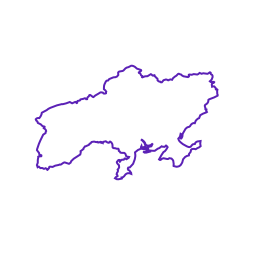 map outline of Ukraine (Natural Earth projection), rotated 336°
{"feature_id": "UKR", "entity_name": "Ukraine", "entity_type": "country or territory", "adm_level": 0, "iso_a3": "UKR", "parent_name": "Europe", "parent_adm1": "", "projection": "natural_earth1", "projection_center": [31.244, 48.371], "detail": "fine", "context": "isolated", "style": "outline", "palette": "violet", "viewbox_px": 256, "rotation_deg": 336, "n_neighbors": 0, "source": "natural_earth", "source_scale": "50m", "svg_char_len": 5905}
<svg xmlns="http://www.w3.org/2000/svg" viewBox="0 0 256 256"><g transform="rotate(336 128 128)"><path d="M171.6,165.1L174.3,168.7L175.6,170.0L176.5,170.5L177.6,170.6L179.8,169.5L180.7,169.3L182.7,169.8L183.4,169.0L184.4,168.6L185.8,168.5L189.0,169.4L187.6,171.7L187.0,174.1L185.2,174.6L183.3,174.6L181.2,174.9L180.0,174.0L179.0,173.6L177.8,173.3L176.7,173.6L175.5,175.3L173.2,176.5L172.5,177.8L170.3,177.5L168.4,177.7L165.6,179.0L163.5,181.6L161.2,183.2L159.4,183.7L157.7,183.5L156.5,183.1L154.2,181.3L154.4,180.7L155.1,179.5L156.0,176.3L155.9,175.3L155.3,173.6L153.5,172.4L152.0,172.6L151.2,172.3L148.2,170.1L146.6,169.9L144.8,170.4L144.1,170.1L143.6,169.3L147.2,166.6L150.6,164.4L152.2,164.2L154.2,163.2L156.4,161.6L156.1,160.4L155.6,159.5L153.8,160.1L151.9,159.1L151.3,158.4L148.4,159.1L146.8,159.0L143.2,159.7L141.6,159.0L138.3,157.2L137.1,156.8L136.0,156.9L135.5,156.3L136.1,156.0L137.8,155.7L138.0,155.4L138.0,154.8L136.3,154.3L134.7,154.2L132.9,153.1L134.7,153.0L136.5,153.5L139.3,153.7L141.9,154.2L144.3,152.2L141.8,152.9L139.3,152.4L138.4,151.8L137.6,150.9L137.3,149.8L137.5,148.8L137.2,147.0L136.1,144.6L135.2,143.8L136.1,145.6L136.4,146.7L136.9,147.8L136.8,150.7L136.5,151.7L135.4,152.0L132.7,151.5L133.0,149.9L132.3,150.5L131.3,152.0L130.3,152.2L128.3,152.1L124.5,153.1L123.7,155.7L123.0,157.1L121.4,159.4L118.1,162.8L113.7,164.7L112.1,164.3L111.5,164.8L111.2,165.4L111.2,166.5L112.0,167.4L112.6,170.2L112.3,171.3L110.8,169.8L109.0,169.1L107.0,169.3L104.8,170.5L103.3,170.9L102.0,170.6L101.9,171.2L102.1,171.4L101.8,171.7L98.3,170.9L96.8,170.1L95.7,168.6L96.8,168.0L98.9,167.7L99.1,166.9L98.8,165.6L99.6,164.6L100.8,163.8L101.5,163.0L101.6,161.8L102.9,161.2L104.0,160.2L104.3,159.1L104.6,158.4L104.0,156.8L103.8,155.8L103.8,154.9L104.1,154.4L106.2,153.4L106.7,153.5L106.8,153.7L106.9,155.5L107.4,155.3L108.0,154.3L108.4,154.6L109.0,154.7L109.7,154.5L110.8,155.1L111.4,155.2L112.4,154.5L112.9,154.7L113.9,155.9L116.5,155.5L117.2,154.9L114.9,153.3L115.1,150.7L114.8,149.8L114.4,149.2L112.6,148.4L111.3,147.6L111.0,147.3L110.9,146.1L110.4,145.5L110.3,145.0L110.7,144.2L110.8,143.3L110.7,143.0L109.0,142.2L108.4,141.5L106.5,140.4L106.2,139.9L106.1,139.3L106.8,137.5L107.1,136.5L107.1,135.9L106.9,134.4L106.2,133.2L105.8,133.1L104.5,133.7L104.0,133.4L103.3,132.8L102.3,131.1L99.7,130.6L98.9,131.5L98.5,130.7L98.1,130.5L97.6,130.7L97.4,130.5L97.7,129.8L97.1,129.4L95.6,129.4L94.8,129.1L94.8,128.6L94.3,128.2L93.5,128.1L92.7,127.6L91.9,126.9L90.8,126.4L89.0,126.0L87.4,126.9L86.6,126.7L85.4,127.5L81.8,127.5L81.2,127.3L78.9,128.6L78.7,129.1L75.2,129.9L74.9,131.1L73.6,132.8L65.9,134.0L62.6,135.2L61.5,136.3L59.5,136.7L56.2,133.7L55.1,133.5L51.7,134.1L50.5,133.5L49.8,133.6L46.2,132.8L43.3,132.9L41.1,131.6L40.4,131.5L39.4,132.6L37.4,133.5L37.2,133.3L37.1,132.8L37.3,132.3L36.3,131.2L35.3,131.3L34.3,130.9L33.7,129.9L32.6,129.3L31.8,129.1L31.5,128.7L30.8,127.0L29.5,127.1L29.7,124.8L31.4,123.1L32.6,120.5L34.1,118.3L34.3,117.7L34.8,117.7L37.3,118.5L37.6,118.2L37.7,117.6L36.2,116.4L36.6,114.6L35.8,111.2L36.4,110.3L40.2,106.2L42.8,103.8L47.8,99.6L50.6,99.1L51.5,97.8L52.0,97.5L52.1,96.3L51.6,94.8L50.9,93.9L51.1,93.6L51.8,93.5L52.3,93.1L52.2,92.7L51.0,91.8L50.5,91.1L49.8,89.2L47.7,86.7L47.7,86.1L47.9,85.5L47.7,84.8L47.2,83.8L47.3,82.5L48.4,82.1L49.3,82.2L50.0,82.3L51.0,82.9L52.9,81.8L54.6,80.3L55.1,79.4L55.5,79.0L61.0,78.6L63.1,78.1L65.3,78.0L72.3,78.4L77.4,79.3L78.0,79.7L81.4,80.3L85.4,80.6L87.0,82.7L90.3,82.7L91.2,83.1L91.1,84.2L91.3,84.4L91.8,84.3L92.7,83.0L93.0,82.8L94.7,83.2L95.4,83.2L96.1,82.6L96.5,82.6L99.1,83.2L100.3,83.2L101.0,83.5L101.5,84.7L102.4,85.0L103.1,83.9L103.7,83.5L105.1,83.1L106.0,82.3L106.4,82.3L106.8,82.4L107.2,82.9L108.5,85.3L109.0,85.7L111.3,85.0L115.1,84.6L116.8,84.3L117.8,84.4L119.4,85.4L119.7,86.5L120.9,87.2L122.0,87.3L122.3,86.6L122.9,86.0L122.6,84.4L121.8,82.7L122.4,81.4L123.3,79.7L124.2,78.6L126.7,76.5L127.7,76.1L129.2,76.5L130.6,75.7L133.0,75.7L135.3,75.8L137.3,76.5L138.9,76.5L140.7,75.6L141.5,73.4L142.3,72.9L143.1,72.9L146.3,73.7L147.3,73.6L149.9,72.5L151.4,72.3L153.2,72.6L156.2,72.4L157.1,72.8L158.2,73.7L159.2,75.0L160.3,77.4L163.4,80.2L163.5,80.7L163.2,81.1L160.5,81.6L160.4,82.1L161.4,83.3L161.4,85.2L161.7,85.9L162.2,86.3L162.3,86.7L161.6,87.4L161.8,87.6L164.5,87.7L166.9,88.6L170.7,88.1L171.1,88.5L171.8,90.1L172.2,90.4L173.5,90.4L173.7,90.7L173.4,91.1L173.5,91.7L173.9,92.3L174.3,93.7L174.9,94.7L174.9,95.4L174.4,96.3L174.7,97.3L175.5,98.4L176.2,98.7L176.7,99.7L177.6,100.0L179.9,98.8L182.4,99.1L183.2,99.7L183.8,100.5L184.5,100.9L185.1,100.7L186.6,100.9L187.9,101.9L189.4,100.8L191.8,100.1L193.4,99.9L195.7,99.0L196.5,99.1L197.4,100.1L198.3,100.8L198.6,101.8L199.7,103.3L203.5,105.9L204.6,105.7L204.8,105.5L204.9,104.5L205.2,104.1L205.8,104.1L207.9,105.3L210.0,105.5L213.0,107.3L214.2,107.3L215.8,106.8L217.3,108.4L219.0,108.6L222.6,110.8L223.6,110.8L225.3,110.4L225.8,110.7L226.0,111.2L225.6,111.8L225.7,112.7L226.4,113.6L226.5,114.5L226.3,115.2L225.9,116.0L224.0,117.9L221.8,118.6L222.1,119.3L222.6,119.9L225.2,120.8L225.4,121.2L225.2,121.4L224.3,121.6L223.1,121.4L222.2,122.4L221.6,124.5L222.9,124.7L223.7,125.1L224.3,126.9L224.4,127.7L224.0,128.1L224.0,128.5L225.2,129.0L225.3,129.4L224.5,130.4L223.4,133.2L223.4,134.3L223.0,134.9L219.2,135.1L213.8,134.8L212.9,135.0L211.9,136.7L211.0,137.4L209.6,138.0L208.0,138.2L207.2,138.9L206.9,140.0L206.9,141.0L206.3,142.3L206.4,142.6L207.2,142.9L207.1,143.4L206.6,143.8L206.4,144.3L206.6,145.5L206.2,145.6L202.3,145.4L199.2,145.7L197.0,147.9L195.6,147.9L193.7,148.5L192.5,149.2L191.0,150.8L189.8,150.1L188.4,150.1L187.0,150.5L185.3,151.6L184.4,151.8L182.5,151.5L180.3,152.1L175.6,155.5L174.1,158.0L173.5,158.5L172.7,159.1L171.4,159.4L174.3,156.9L174.4,155.6L173.7,154.7L171.9,157.1L169.6,158.2L169.5,159.8L169.7,161.1L170.3,162.6L171.6,165.1ZM139.6,158.7L134.6,157.9L133.1,157.2L132.7,156.5L132.4,155.6L133.9,157.0L138.0,158.0L139.6,158.7Z" fill="none" stroke="#5b21b6" stroke-width="2"/></g></svg>